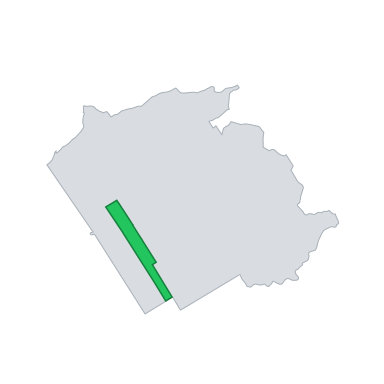 location of Delgo, Northern, Sudan, rotated 237°
{"feature_id": "16777658B54397395103229", "entity_name": "Delgo", "entity_type": "district", "adm_level": 2, "iso_a3": "SDN", "parent_name": "Sudan", "parent_adm1": "Northern", "projection": "albers", "projection_center": [29.933, 20.083], "detail": "fine", "context": "in_parent", "style": "filled", "palette": "green", "viewbox_px": 384, "rotation_deg": 237, "n_neighbors": 0, "source": "geoboundaries", "source_scale": "gbopen_adm2", "svg_char_len": 4228}
<svg xmlns="http://www.w3.org/2000/svg" viewBox="0 0 384 384"><g transform="rotate(237 192 192)"><path d="M256.9,288.3L253.9,288.4L253.5,287.7L253.5,285.8L253.8,284.3L254.9,282.0L254.6,280.7L254.7,278.9L253.9,276.9L246.5,271.2L245.0,269.6L241.1,268.2L241.8,266.5L240.0,254.4L240.7,253.0L240.9,250.9L240.8,249.0L241.7,245.9L241.8,244.6L234.2,244.6L234.1,246.0L234.5,247.5L234.5,248.1L223.8,248.3L228.2,253.0L228.4,255.0L228.2,257.6L228.3,259.3L228.5,260.4L229.7,262.5L229.6,262.9L229.4,263.4L221.9,269.8L220.6,272.7L219.7,274.3L217.5,276.9L210.6,283.7L209.4,284.1L204.1,284.4L203.6,284.6L203.2,284.9L198.4,280.9L190.8,276.1L185.8,278.6L184.4,279.5L184.3,281.8L183.6,283.0L182.2,284.2L178.5,285.0L176.5,285.7L174.2,287.0L171.9,289.1L171.8,290.2L172.0,291.2L159.1,291.1L158.2,290.3L156.4,286.7L155.1,286.9L143.3,286.3L141.7,286.7L138.3,288.1L136.6,288.3L134.8,287.6L128.8,280.4L127.5,279.6L126.1,277.9L124.8,277.1L124.4,276.5L124.3,275.8L124.4,274.3L123.9,273.3L123.0,273.0L114.7,274.4L113.5,274.2L111.7,274.5L111.1,274.7L110.4,275.6L110.2,277.6L110.0,278.5L109.3,279.5L106.9,281.9L106.3,282.9L106.4,285.5L106.2,286.8L105.8,287.4L104.7,288.4L104.3,289.0L103.8,292.3L102.4,294.3L102.1,295.0L102.0,296.4L101.8,296.9L98.0,297.9L96.5,298.6L95.6,299.7L95.4,300.2L93.8,299.7L91.7,299.3L87.8,298.8L86.3,298.2L85.6,297.4L85.9,295.4L85.5,295.0L84.9,294.6L84.5,293.7L84.6,292.6L86.8,290.4L87.3,289.1L88.0,283.3L87.9,281.5L86.4,278.1L82.9,272.3L82.0,271.1L77.5,266.2L77.0,265.5L76.0,263.5L77.4,259.2L77.5,258.0L77.2,256.7L76.1,255.7L75.1,255.6L73.7,254.4L72.9,253.8L72.1,252.7L71.6,251.3L72.2,246.2L72.0,245.5L70.8,245.2L70.5,244.8L70.6,243.9L70.1,240.9L69.5,238.5L70.0,237.1L69.1,235.3L67.2,234.4L63.5,234.8L62.3,234.7L61.6,234.3L61.0,233.6L60.8,232.8L61.1,231.6L62.3,229.5L63.7,227.7L66.4,226.2L67.1,225.4L67.6,224.4L67.7,223.3L67.6,222.1L67.3,221.1L66.6,219.6L66.0,217.9L66.0,216.8L66.4,216.0L67.1,215.1L69.9,213.3L72.6,211.8L73.1,211.3L73.0,210.6L71.8,209.2L71.5,206.7L70.9,204.9L72.3,203.6L73.3,203.2L74.9,202.9L75.6,202.3L75.8,201.3L75.8,200.3L76.4,199.5L77.2,198.0L77.9,197.3L80.0,195.4L80.5,194.2L80.7,193.1L80.2,189.5L81.5,188.0L83.0,186.8L85.2,187.0L88.6,186.9L90.8,186.5L92.5,186.5L96.2,187.3L96.6,187.1L96.8,186.1L99.2,118.0L114.2,118.5L114.4,118.4L115.3,86.2L208.8,87.2L209.6,87.1L211.0,84.1L211.7,83.8L212.6,84.0L213.0,84.7L212.2,87.2L293.8,85.1L294.1,88.8L294.9,91.7L297.4,95.8L299.5,98.0L300.2,99.2L300.3,99.8L300.3,100.3L299.6,99.7L298.6,99.3L298.5,101.3L299.2,105.3L300.2,108.1L299.7,110.8L299.9,115.2L301.2,120.5L301.2,123.9L303.2,131.7L305.1,136.0L306.1,137.1L307.2,137.6L309.2,137.9L312.2,140.0L314.7,142.2L315.6,143.4L316.7,144.7L317.5,144.4L318.0,144.1L318.8,145.1L322.6,147.3L323.2,148.4L321.9,149.5L320.5,151.4L319.8,153.2L319.4,153.8L318.3,154.9L318.1,155.4L317.6,155.8L317.0,155.8L315.7,156.5L314.6,156.4L313.5,156.7L313.0,157.2L312.1,157.6L310.9,157.8L309.0,159.4L307.4,160.2L306.8,160.8L306.1,163.7L305.5,164.5L303.0,164.7L301.7,165.0L300.1,164.7L299.2,164.8L299.1,165.4L298.9,167.9L299.0,169.0L297.7,171.9L298.3,177.2L297.1,181.2L296.9,182.1L295.7,185.3L295.0,186.5L293.5,192.5L292.9,194.3L291.4,196.2L293.5,210.3L292.4,214.6L292.6,217.0L291.8,220.5L291.2,222.1L290.1,224.1L289.2,226.3L288.5,229.2L288.1,234.6L287.9,235.1L283.3,236.0L281.9,236.4L281.0,237.0L279.8,238.4L277.6,242.3L276.5,244.7L274.7,247.9L272.5,250.2L272.1,251.4L271.8,253.4L271.0,256.6L270.3,259.0L270.5,260.8L269.9,264.0L270.1,265.6L269.3,266.4L268.3,267.3L267.5,267.5L264.3,265.5L262.1,267.0L260.7,269.1L259.7,271.2L260.4,275.6L260.4,276.6L260.1,277.7L258.1,282.0L257.5,284.0L256.9,287.5L256.9,288.3Z" fill="#d9dde1" stroke="#a8b0b8" stroke-width="1"/><path d="M226.4,111.5L225.8,111.5L202.0,111.8L197.0,111.9L195.5,111.9L195.3,111.9L195.0,111.8L136.6,111.2L114.9,110.6L114.9,112.1L114.8,116.5L114.7,117.4L114.7,118.1L152.6,119.2L152.6,123.7L153.6,123.7L154.6,123.7L177.7,124.0L179.1,124.1L187.3,124.1L193.5,124.2L196.3,124.2L196.5,124.4L196.7,124.6L196.9,124.4L202.5,124.5L207.7,124.5L208.3,124.5L212.4,124.5L213.1,124.5L220.9,124.5L224.6,124.4L225.5,124.4L226.0,124.4L226.0,123.6L226.1,122.2L226.1,121.1L226.2,116.5L226.3,116.3L226.3,114.9L226.3,114.1L226.4,112.6L226.4,111.5Z" fill="#22c55e" stroke="#15803d" stroke-width="1.5"/></g></svg>